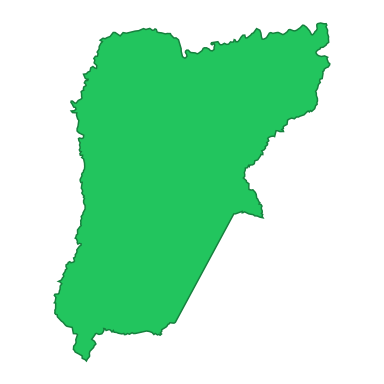 Canguçu, Rio Grande do Sul, Brazil (Albers equal-area conic projection)
{"feature_id": "56859067B84046168462742", "entity_name": "Canguçu", "entity_type": "district", "adm_level": 2, "iso_a3": "BRA", "parent_name": "Brazil", "parent_adm1": "Rio Grande do Sul", "projection": "albers", "projection_center": [-52.66, -31.277], "detail": "fine", "context": "isolated", "style": "filled", "palette": "green", "viewbox_px": 384, "rotation_deg": 0, "n_neighbors": 0, "source": "geoboundaries", "source_scale": "gbopen_adm2", "svg_char_len": 5733}
<svg xmlns="http://www.w3.org/2000/svg" viewBox="0 0 384 384"><path d="M261.4,36.7L260.9,33.1L259.8,30.2L256.6,28.6L253.5,32.9L252.0,33.5L250.5,35.3L247.2,37.8L245.9,38.0L245.2,37.0L244.8,35.1L242.8,35.2L241.0,37.2L239.2,40.2L237.7,41.8L235.8,41.7L235.3,40.1L234.2,39.6L233.6,41.8L232.1,42.2L230.5,41.9L228.6,44.2L226.6,44.4L224.4,43.3L222.0,44.7L220.6,44.8L219.6,44.2L217.9,41.7L211.6,42.7L211.0,43.9L212.1,44.8L214.1,43.5L214.7,45.2L214.1,47.3L214.1,49.5L212.2,50.9L210.3,50.5L209.1,49.1L206.5,47.8L204.3,47.8L203.2,48.4L202.1,50.6L198.5,53.3L197.2,53.8L195.2,52.9L190.6,52.5L188.3,50.2L186.8,50.1L185.6,51.1L185.4,52.4L186.6,54.4L187.0,56.2L185.6,57.9L184.4,58.0L182.5,56.6L181.2,51.3L181.1,48.6L178.5,39.8L176.1,37.9L173.9,38.0L170.9,34.8L170.4,33.6L167.3,33.5L165.3,33.9L161.7,32.9L158.4,32.5L157.1,32.0L156.3,29.5L155.0,28.9L153.9,30.1L152.4,30.3L149.8,28.4L145.9,29.5L143.5,28.6L138.7,30.7L135.1,31.1L126.5,33.2L123.1,32.6L120.2,35.9L115.1,32.5L113.2,32.5L110.1,36.5L107.1,37.6L105.1,38.7L103.0,38.2L100.1,40.2L102.4,41.7L100.9,43.3L100.0,45.0L99.2,46.5L99.1,49.1L97.1,52.1L98.1,53.6L97.4,56.3L95.4,56.3L93.8,58.5L94.9,60.1L94.1,62.9L96.8,65.6L96.5,68.4L95.0,68.1L92.9,66.5L90.7,67.9L90.1,71.1L87.6,72.3L86.5,73.8L83.5,74.2L85.3,78.4L86.5,79.1L88.1,79.3L87.7,80.5L85.4,80.8L84.3,82.9L85.7,84.2L86.1,85.6L83.7,87.0L83.4,88.7L83.7,90.2L82.5,90.5L81.1,91.8L81.6,93.7L81.6,96.3L82.0,98.0L80.9,99.2L78.3,100.4L76.3,103.0L74.8,103.1L72.5,101.1L71.2,101.1L70.9,102.3L72.3,104.3L73.7,107.1L75.5,107.4L76.0,109.2L74.3,110.7L71.2,111.0L72.5,112.6L76.8,112.9L76.5,115.1L77.6,118.8L78.8,120.4L78.0,126.3L77.1,128.6L77.1,131.0L78.7,132.7L83.7,135.2L83.5,137.4L82.7,138.3L81.7,138.5L79.5,138.0L78.5,138.6L78.9,140.6L80.2,142.8L79.5,145.0L80.0,146.3L80.2,148.2L79.3,149.8L79.8,151.1L81.2,151.6L79.9,153.6L80.3,155.3L82.6,155.2L82.5,156.6L81.7,157.5L83.6,158.9L84.5,163.0L84.7,166.5L84.4,169.5L83.6,170.3L83.3,172.2L82.1,173.2L81.7,174.5L82.0,175.8L80.2,179.3L80.2,180.9L80.9,182.5L82.2,182.4L81.3,188.2L82.3,189.6L82.6,191.4L81.8,193.0L82.9,194.7L84.2,196.1L83.4,197.1L84.5,198.6L83.6,200.4L83.6,202.5L84.2,204.1L85.1,205.4L85.1,209.0L83.0,212.9L82.9,214.3L81.2,216.5L81.7,218.6L80.7,220.6L80.9,222.7L80.7,224.3L81.2,225.6L80.3,226.3L77.5,229.9L77.6,234.1L76.3,235.1L76.1,236.5L75.2,238.2L76.4,238.8L77.4,241.2L77.2,242.7L77.9,244.1L79.4,243.3L81.2,243.9L81.0,245.3L79.5,246.2L76.8,249.9L77.0,251.5L76.4,253.3L75.3,254.5L75.4,256.3L74.8,257.4L73.6,258.0L74.5,261.0L73.6,262.1L70.9,262.7L69.8,261.7L68.2,262.5L68.0,263.7L66.1,264.8L66.0,266.5L66.9,268.7L65.3,270.0L65.2,271.3L63.0,274.5L63.8,276.0L63.3,277.1L62.3,278.1L61.6,279.9L58.5,281.4L60.2,282.0L61.8,283.8L60.2,286.0L60.1,289.4L59.5,290.5L59.1,292.9L58.2,294.0L55.0,294.2L54.3,295.3L55.9,297.4L55.2,301.6L54.3,302.8L55.7,303.2L55.6,308.8L54.9,310.1L55.0,311.6L54.8,313.1L55.6,314.3L57.2,314.8L57.4,316.8L61.4,321.1L63.0,322.2L65.6,325.4L67.0,326.3L72.2,327.4L73.4,333.6L76.5,333.8L77.5,334.7L75.8,339.7L76.1,342.5L75.0,344.7L73.7,346.1L73.4,349.5L74.4,350.3L75.2,352.0L82.1,355.8L82.2,358.3L85.2,359.7L86.4,361.0L87.3,359.2L89.5,356.5L89.6,355.1L89.3,353.7L89.8,351.4L93.6,347.5L94.1,345.9L95.9,344.0L94.5,341.3L91.7,339.3L94.9,334.9L95.4,333.8L96.4,333.4L99.0,334.4L101.8,333.8L103.3,331.7L104.0,330.0L103.7,328.5L105.0,328.7L106.1,330.5L108.8,329.6L110.2,329.9L112.0,332.0L113.3,330.5L114.0,332.2L116.7,332.5L118.2,333.2L121.7,333.9L123.9,333.5L124.4,334.6L125.9,334.5L127.4,333.5L129.5,334.2L132.1,332.7L133.4,333.5L135.2,333.5L146.5,331.0L149.4,331.5L152.1,332.5L153.9,334.5L155.2,333.5L157.5,334.9L158.6,334.4L160.1,335.2L161.5,334.0L160.3,333.0L161.7,331.5L161.7,329.7L166.1,327.0L167.2,325.8L167.9,324.4L169.2,323.8L169.9,322.7L173.3,323.1L174.4,323.0L175.4,322.2L233.8,213.9L235.6,213.8L242.1,211.4L242.2,212.8L243.4,212.5L244.5,211.8L248.9,213.9L253.4,214.7L254.6,215.8L257.3,216.0L260.0,217.2L263.0,217.8L262.1,216.3L262.7,214.4L261.4,213.4L262.3,212.2L262.1,210.5L261.4,209.1L261.4,207.3L262.0,206.1L261.0,204.5L259.1,204.0L259.9,202.7L258.9,201.8L257.6,198.9L256.7,198.1L256.2,194.3L255.2,192.3L252.9,189.8L251.1,190.1L249.0,189.4L248.8,187.5L248.9,183.7L246.5,182.0L246.3,180.6L243.4,178.0L244.7,176.4L244.7,174.3L244.3,172.7L245.3,169.9L245.3,168.1L247.5,167.7L248.5,165.5L249.3,166.5L249.8,165.1L252.7,164.8L254.3,163.7L254.8,160.8L257.7,159.9L260.6,155.6L260.9,154.4L262.8,154.6L262.8,152.8L261.7,150.9L264.1,149.8L265.5,148.0L265.2,146.7L267.4,144.9L267.6,143.7L266.7,142.7L268.8,140.8L267.7,138.4L269.2,137.1L271.1,136.4L273.4,136.1L274.6,136.6L276.1,130.7L277.8,130.8L279.9,131.6L283.5,131.5L283.1,130.3L281.9,129.4L283.4,128.5L283.2,126.9L284.2,125.9L287.0,124.4L287.6,120.1L289.3,119.0L291.6,118.1L294.4,118.8L296.4,117.0L298.6,117.0L299.6,116.3L304.1,114.8L306.8,112.0L308.2,111.1L309.3,112.0L310.6,110.6L311.7,111.4L314.7,108.7L315.7,105.5L317.1,104.4L316.9,102.5L317.5,101.0L317.4,98.4L316.4,95.7L316.3,93.0L315.6,91.5L317.5,88.5L318.4,84.6L320.3,82.4L319.6,81.0L320.0,79.2L322.2,78.6L323.0,73.4L322.8,71.6L324.0,70.7L324.2,69.2L326.3,67.7L328.2,67.0L329.7,64.8L329.7,63.5L328.4,62.7L326.9,58.6L327.7,57.3L324.6,55.9L321.3,56.5L318.6,55.7L317.1,54.6L315.9,52.7L316.4,51.4L317.9,50.0L320.2,48.8L320.5,47.6L323.2,47.2L326.1,45.1L326.7,43.9L328.7,42.3L328.4,38.4L328.6,36.8L327.4,33.3L327.6,30.1L325.9,26.6L326.8,25.2L326.2,23.7L324.1,23.8L320.6,23.0L317.9,23.6L316.9,24.4L316.8,25.8L317.2,28.8L316.4,30.4L315.0,31.6L314.2,33.1L312.6,34.8L311.5,34.6L309.6,30.9L306.5,27.2L303.9,25.3L302.6,25.2L300.1,27.8L296.5,30.3L294.8,30.9L293.2,30.7L290.0,29.5L288.7,29.8L287.1,31.9L284.6,33.8L282.9,34.6L278.4,32.5L277.1,32.5L272.9,33.4L270.8,32.6L269.4,33.1L266.8,37.2L265.9,38.1L263.5,39.2L262.2,39.1L261.4,36.7Z" fill="#22c55e" stroke="#15803d" stroke-width="1.5"/></svg>